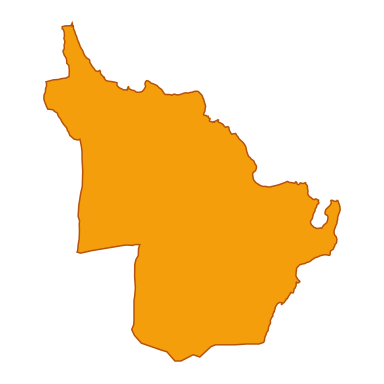 outline of Whitesands, Tafea, Vanuatu
{"feature_id": "77236927B67758893467366", "entity_name": "Whitesands", "entity_type": "district", "adm_level": 2, "iso_a3": "VUT", "parent_name": "Vanuatu", "parent_adm1": "Tafea", "projection": "equal_earth", "projection_center": [169.437, -19.517], "detail": "fine", "context": "isolated", "style": "filled", "palette": "amber", "viewbox_px": 384, "rotation_deg": 0, "n_neighbors": 0, "source": "geoboundaries", "source_scale": "gbopen_adm2", "svg_char_len": 5841}
<svg xmlns="http://www.w3.org/2000/svg" viewBox="0 0 384 384"><path d="M74.1,139.1L77.8,140.0L79.9,139.3L81.3,145.8L82.0,151.2L82.1,159.8L82.7,171.1L82.3,186.3L80.6,193.9L78.8,205.4L78.1,216.3L79.6,221.0L79.2,224.0L79.4,227.4L79.4,231.8L79.2,238.8L78.2,244.5L77.8,249.8L77.1,252.2L80.7,253.1L91.9,250.6L122.0,245.6L126.3,245.0L132.8,245.4L134.7,244.6L139.8,244.6L138.5,248.6L138.3,255.5L135.9,259.7L134.8,264.4L134.6,276.1L135.4,287.9L134.7,296.0L134.0,300.5L134.0,320.7L133.7,324.8L131.7,329.5L134.4,335.3L141.3,343.1L160.4,349.8L166.9,351.8L174.9,361.0L181.0,361.0L193.2,354.7L199.8,357.0L210.9,346.7L215.5,344.8L235.2,344.8L246.2,344.0L259.0,344.0L263.6,342.4L264.6,340.2L264.5,339.2L265.2,336.3L266.0,334.8L266.6,332.6L268.1,330.6L268.6,326.9L269.6,324.5L270.4,323.7L270.5,322.6L270.3,320.9L270.5,320.0L272.1,316.8L272.9,316.1L272.8,315.2L272.6,315.0L272.7,314.6L273.2,313.6L273.7,311.9L274.2,311.9L274.4,311.4L274.5,310.4L275.1,308.6L275.1,307.6L277.3,303.8L279.9,302.3L281.6,302.8L281.5,304.4L281.9,304.3L283.3,302.9L284.1,302.6L284.6,301.5L285.7,300.6L285.9,299.2L287.2,298.8L287.5,298.0L288.1,297.3L288.3,296.5L289.8,294.4L290.4,292.9L290.9,292.5L291.1,292.8L292.0,292.9L293.4,292.7L294.1,289.1L294.5,288.6L294.9,288.4L295.5,286.9L296.1,285.8L296.2,282.5L296.7,282.1L297.5,282.9L298.2,282.9L299.8,281.9L299.8,281.4L299.5,280.8L299.0,280.6L297.9,279.5L296.5,277.2L295.9,275.7L296.2,271.5L296.5,270.5L296.4,268.8L297.2,267.4L299.7,264.8L302.7,263.9L304.7,263.6L307.2,262.3L309.0,261.9L310.6,261.0L312.2,259.6L315.0,257.8L318.8,256.5L320.0,255.8L324.6,254.7L327.7,255.0L329.3,255.4L329.7,255.2L330.0,254.9L330.1,254.2L330.5,251.0L333.2,249.3L333.5,248.6L333.7,247.5L334.5,246.7L334.9,244.8L336.3,243.1L336.7,242.0L336.7,240.5L336.9,239.4L336.7,238.3L336.0,236.5L335.3,235.8L334.5,234.5L334.1,233.2L334.1,230.3L334.9,228.4L335.5,226.4L336.8,223.6L337.4,220.1L337.7,219.4L337.6,217.6L337.9,216.4L340.1,210.4L340.1,208.8L339.8,206.1L337.8,200.6L337.1,200.4L336.4,201.3L335.9,201.4L333.9,201.1L332.0,200.2L331.2,200.3L330.8,200.7L331.3,202.8L331.0,203.8L330.3,205.2L326.4,208.9L325.7,209.9L325.4,210.8L325.0,212.7L325.2,214.1L326.0,214.8L327.3,215.4L327.8,216.1L328.0,218.2L327.0,222.2L326.2,223.1L323.7,225.2L321.6,228.3L320.6,227.9L318.3,228.4L316.3,228.4L315.5,227.8L314.1,227.4L312.5,225.8L311.6,225.1L311.1,224.2L310.5,222.5L310.5,221.5L311.0,220.4L311.8,219.4L312.4,218.3L312.9,215.6L313.6,213.5L314.8,211.4L315.2,209.1L316.6,206.7L316.9,205.0L317.6,204.2L318.4,203.8L318.9,203.0L318.7,202.2L318.2,201.1L318.5,200.7L318.6,200.2L316.1,199.0L315.3,198.9L315.0,199.2L314.1,199.6L312.9,199.3L311.3,197.8L309.5,196.6L308.0,194.7L307.8,193.7L307.7,192.7L308.0,191.8L308.0,191.0L307.5,188.7L307.4,186.2L306.9,185.1L305.7,183.8L305.6,182.7L305.2,182.6L304.4,183.3L302.1,183.4L300.3,182.9L299.3,184.2L298.6,184.6L297.9,184.6L297.2,184.0L296.7,182.4L296.3,182.2L296.0,181.8L295.4,182.0L295.1,182.5L294.9,183.2L294.3,183.3L291.8,182.6L289.1,182.4L287.8,181.5L287.2,181.5L284.5,182.7L278.4,184.9L269.6,187.0L268.3,187.0L265.7,186.4L262.8,186.4L260.7,185.7L256.3,183.0L255.2,181.9L253.6,179.8L253.2,178.4L252.6,174.2L253.0,172.9L253.7,172.1L255.1,171.1L255.8,170.0L256.3,168.5L256.5,167.3L256.5,166.7L256.3,165.8L254.7,163.2L254.1,161.5L253.4,160.6L251.3,159.1L250.1,157.6L249.2,156.9L248.5,156.1L248.1,155.3L246.9,152.0L245.9,147.3L245.2,145.6L243.4,142.9L239.1,138.8L237.9,136.8L236.8,135.6L236.1,134.2L235.4,133.4L234.9,133.6L233.0,133.8L232.3,134.1L231.7,134.1L231.1,133.5L229.3,130.3L228.8,127.4L228.2,126.8L227.8,126.7L225.5,127.3L223.7,125.6L223.1,124.5L220.5,122.9L219.3,122.6L218.0,121.5L218.0,120.9L218.4,120.6L218.4,119.9L217.7,119.9L216.2,120.8L215.1,121.2L214.7,122.1L214.3,122.2L213.8,121.6L213.5,121.6L212.8,122.4L211.5,121.6L210.0,121.5L209.4,120.8L209.4,120.2L209.9,119.6L210.0,118.7L209.9,118.4L209.2,118.3L208.5,117.7L208.2,116.3L207.2,116.3L206.3,115.6L203.7,115.0L203.6,114.7L203.6,113.8L204.9,111.2L205.1,108.5L205.6,106.9L205.5,105.9L203.4,98.6L202.9,98.3L202.7,96.9L201.8,95.1L198.3,91.5L196.5,91.2L194.7,91.3L192.0,92.2L189.6,92.6L188.1,93.1L185.5,92.8L184.1,93.1L179.8,94.6L178.1,94.9L176.3,94.8L175.3,94.3L173.9,94.2L172.6,94.7L172.1,95.2L171.5,95.2L170.8,94.8L168.7,94.4L167.9,94.7L167.2,94.4L165.4,94.5L165.1,94.4L163.9,93.1L162.8,91.4L162.3,90.4L160.8,88.8L159.1,87.8L157.1,85.6L153.3,83.8L151.3,83.2L150.4,82.6L149.6,81.7L148.8,81.4L147.8,80.7L146.5,80.7L145.6,81.7L145.0,83.3L145.0,84.2L145.5,86.0L145.5,86.9L143.7,89.9L142.1,91.5L139.2,92.3L136.6,92.2L135.5,91.6L134.4,90.6L131.6,90.1L130.5,89.3L129.4,89.2L128.9,88.8L128.9,88.1L128.7,87.0L128.5,86.7L128.1,86.9L127.0,90.2L125.7,89.7L124.7,89.9L123.3,89.8L122.0,89.0L119.7,88.0L118.5,87.1L117.1,85.5L116.9,84.7L117.1,83.5L116.9,82.6L111.9,81.6L109.1,81.3L106.0,80.6L104.2,78.3L104.5,78.2L104.4,77.5L104.1,77.1L102.9,76.4L101.0,74.2L100.5,73.4L100.3,71.4L99.9,71.0L99.9,70.5L99.4,70.5L98.3,71.3L97.3,71.4L95.8,70.9L94.8,69.8L94.1,68.6L92.2,66.4L90.5,63.5L89.8,62.5L89.8,60.9L89.5,59.9L88.9,59.3L86.6,57.9L84.6,55.4L83.7,53.5L82.8,50.9L80.9,47.8L80.1,46.3L79.3,43.8L77.5,39.7L76.5,36.2L75.6,34.5L74.7,31.3L73.6,28.9L73.4,27.9L73.3,25.9L73.1,25.6L72.7,25.7L72.3,26.0L72.4,23.7L72.2,23.0L71.4,24.9L70.5,25.7L64.7,26.0L62.2,26.7L62.2,28.9L63.1,29.3L63.9,31.0L64.3,32.8L64.4,36.2L63.9,38.4L64.8,41.3L64.8,42.6L64.1,45.0L64.3,48.1L63.9,49.6L63.1,50.5L63.1,51.8L64.3,55.3L65.5,57.0L66.4,58.8L66.7,61.2L66.7,63.2L68.8,65.4L69.3,70.2L69.1,75.4L68.9,76.7L67.0,77.4L66.4,78.0L61.0,78.7L59.1,79.4L53.6,79.8L46.0,81.8L46.5,83.5L46.5,85.5L46.3,86.8L45.6,88.5L45.3,92.5L44.2,94.5L43.9,96.9L43.9,99.1L44.4,101.0L46.8,107.2L47.5,108.2L47.7,109.1L53.1,109.8L53.9,110.9L57.5,113.3L57.9,115.0L58.6,116.6L60.8,119.4L61.4,120.9L62.6,122.9L63.3,123.6L63.3,124.0L66.5,127.7L67.1,129.0L67.2,130.1L68.8,132.5L69.8,135.4L74.1,139.1Z" fill="#f59e0b" stroke="#b45309" stroke-width="1.5"/></svg>